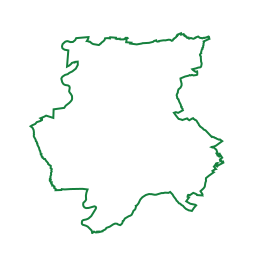 Valea Mare, Vâlcea, Romania, rotated 350°
{"feature_id": "2599482B41757926586400", "entity_name": "Valea Mare", "entity_type": "district", "adm_level": 2, "iso_a3": "ROU", "parent_name": "Romania", "parent_adm1": "Vâlcea", "projection": "equal_earth", "projection_center": [24.031, 44.681], "detail": "fine", "context": "isolated", "style": "outline", "palette": "green", "viewbox_px": 256, "rotation_deg": 350, "n_neighbors": 0, "source": "geoboundaries", "source_scale": "gbopen_adm2", "svg_char_len": 5789}
<svg xmlns="http://www.w3.org/2000/svg" viewBox="0 0 256 256"><g transform="rotate(350 128 128)"><path d="M176.5,220.8L179.2,218.0L181.7,216.0L181.0,215.3L176.2,213.4L172.6,210.3L176.1,206.9L174.7,206.1L175.3,204.6L175.7,204.3L177.5,204.8L181.0,203.2L183.3,204.6L184.2,205.4L184.2,205.9L184.5,206.1L189.4,207.3L189.3,207.0L189.8,206.5L189.7,205.8L188.4,202.8L191.9,200.6L193.4,199.1L194.7,195.3L195.7,193.6L195.7,192.6L196.1,190.9L199.5,189.0L204.8,186.5L204.0,185.8L203.7,184.9L206.8,183.7L207.4,183.7L206.7,182.6L206.7,182.0L205.9,181.0L208.5,178.6L208.5,178.3L209.8,178.0L210.1,178.1L209.6,178.5L208.2,180.1L209.1,181.4L210.2,180.5L215.9,178.7L215.8,177.7L215.2,177.9L214.3,177.4L214.1,177.2L214.3,177.1L214.3,176.6L213.1,176.7L213.0,175.3L213.7,175.1L213.7,174.5L215.6,173.6L214.6,171.3L212.9,172.0L212.7,171.6L211.9,171.0L214.0,170.0L213.8,169.3L211.5,170.1L210.7,168.3L211.8,168.0L211.2,164.7L208.7,161.7L207.8,161.9L207.2,161.5L207.9,161.4L207.8,161.2L209.3,161.2L211.5,160.7L218.5,157.3L216.5,155.2L215.6,155.3L213.1,153.7L212.7,153.1L211.5,152.6L211.0,151.9L210.1,151.7L209.3,151.1L208.9,151.3L203.9,143.7L202.2,142.6L201.6,141.4L199.1,138.8L199.0,138.2L198.4,137.4L198.1,135.7L197.6,135.1L196.8,132.8L196.0,131.9L195.4,131.7L195.0,131.0L194.1,130.5L193.9,129.7L193.2,129.7L189.7,131.0L188.3,129.6L188.2,129.0L187.9,128.8L182.8,129.6L182.3,129.1L179.4,127.8L177.5,124.3L175.9,121.0L177.9,120.7L180.0,121.8L185.1,120.1L184.9,119.5L185.1,118.7L184.1,116.9L184.1,116.5L184.4,116.2L184.0,115.8L184.0,114.2L183.0,111.0L182.7,108.6L182.3,108.4L182.2,107.7L181.6,107.0L181.8,105.9L181.6,104.1L182.5,102.5L183.2,101.9L183.5,100.5L184.4,98.7L186.7,97.4L188.1,95.5L188.5,93.7L188.2,89.8L188.3,88.3L193.2,87.2L196.8,87.0L198.0,86.6L198.9,87.1L200.2,86.8L201.6,87.6L204.4,87.7L205.4,87.5L205.8,85.9L205.9,84.3L204.3,84.4L201.9,82.0L201.5,81.3L205.1,81.1L207.7,80.7L209.6,80.8L210.6,80.3L211.7,77.6L211.7,76.3L211.5,75.4L211.9,71.5L212.2,70.1L211.6,69.3L211.6,68.2L212.5,67.3L213.1,67.1L213.1,66.2L214.4,63.4L215.2,63.0L215.1,62.1L216.0,61.5L216.3,60.0L216.8,59.5L217.0,58.0L217.7,56.7L217.5,55.9L223.2,54.4L222.9,54.1L223.6,53.6L223.6,52.4L223.2,51.9L220.3,52.5L219.5,52.4L218.9,52.6L218.1,52.3L216.6,52.6L216.2,52.2L215.2,52.0L214.2,51.5L213.0,50.1L210.7,50.5L210.0,50.7L210.0,51.0L208.1,51.5L207.2,51.2L205.6,50.3L203.7,50.6L203.4,49.5L202.0,49.6L201.4,48.8L201.5,48.3L201.0,47.7L200.5,47.7L200.3,47.1L199.8,47.1L199.7,46.4L199.3,46.4L199.1,45.2L196.5,45.3L196.6,43.9L192.8,44.7L192.5,45.1L192.9,45.3L192.2,45.7L192.2,46.1L191.5,46.2L191.1,46.9L190.6,47.2L188.9,47.9L188.7,48.3L188.1,48.4L187.1,49.6L186.1,49.7L185.1,48.6L183.4,48.1L180.0,48.2L178.2,47.8L173.7,47.7L173.5,48.1L171.9,48.0L170.7,47.1L170.8,46.6L168.8,46.8L167.7,47.5L163.5,47.8L156.9,47.0L156.4,47.2L151.1,47.2L145.1,45.3L145.9,44.5L141.1,43.2L142.2,39.9L142.5,39.6L143.2,39.4L143.0,39.1L141.4,38.8L140.7,39.2L140.3,39.8L139.4,39.8L139.2,40.0L135.8,39.4L135.3,38.9L135.3,38.7L134.7,38.9L134.3,38.5L132.7,38.5L132.6,38.2L131.5,37.9L131.8,37.0L126.0,35.5L125.7,35.7L125.7,36.6L123.4,35.9L121.0,35.7L120.3,37.1L119.0,38.2L116.6,39.4L116.1,40.0L114.9,40.5L114.2,41.1L113.6,41.2L108.3,39.3L106.9,38.2L105.6,36.5L104.8,36.4L104.4,35.9L103.8,35.8L103.3,35.3L102.6,35.2L104.4,33.0L104.9,31.6L92.6,30.5L91.2,32.3L88.7,33.7L86.2,33.4L83.7,32.0L82.3,31.9L81.0,32.2L78.2,34.0L77.2,36.0L77.2,37.8L77.9,38.8L79.2,39.9L82.7,41.2L78.6,57.0L80.9,56.3L83.0,55.1L84.0,54.2L86.1,53.9L86.7,54.3L87.1,54.2L87.4,53.7L90.0,53.9L89.5,57.2L86.9,60.5L83.0,62.6L79.8,63.5L78.0,64.5L75.2,64.8L72.5,66.0L71.6,66.8L70.9,67.9L71.2,71.5L72.0,73.4L72.8,74.2L73.8,74.8L76.4,75.7L77.5,76.8L77.6,78.3L76.4,81.6L76.7,82.9L77.7,84.7L78.4,86.8L78.1,89.2L77.8,90.1L77.2,91.0L76.0,92.0L74.5,93.1L70.5,95.2L68.7,97.1L58.0,96.7L56.2,105.1L49.5,101.6L47.5,102.3L43.5,103.2L43.8,103.5L44.3,103.5L44.5,104.3L44.1,104.7L44.8,104.7L44.7,105.2L42.8,105.9L39.1,106.4L37.4,107.9L34.1,108.7L32.4,109.4L34.0,111.2L34.7,113.6L34.6,116.1L34.2,117.4L34.4,117.9L33.9,119.1L33.8,120.0L35.0,123.4L35.0,125.0L35.6,125.5L35.6,126.0L35.9,127.0L35.7,127.5L36.1,128.0L35.9,128.9L37.0,132.3L36.9,132.9L37.2,135.0L37.5,135.3L37.6,138.3L38.1,138.6L37.6,139.1L38.1,139.8L38.1,141.3L38.8,141.7L38.7,142.5L39.5,143.2L39.8,143.9L41.0,144.2L41.4,145.7L43.1,148.5L43.1,149.6L43.7,150.0L44.1,150.9L45.0,151.4L45.4,151.9L44.8,154.1L45.7,154.9L45.8,155.3L45.1,156.3L45.3,157.6L44.3,158.9L44.2,160.7L43.2,162.2L43.1,163.4L42.2,164.5L42.3,164.9L43.0,165.3L42.8,165.7L42.1,165.9L42.4,166.4L42.0,166.7L42.8,168.4L43.4,168.3L43.3,169.0L42.8,169.5L43.4,170.3L43.4,171.5L44.1,171.4L44.8,172.3L44.8,172.9L45.4,173.1L45.4,173.5L45.0,174.4L46.3,175.7L45.9,176.7L51.7,177.5L52.1,176.7L54.9,177.5L61.1,178.2L72.6,180.0L77.5,181.5L75.8,184.5L74.8,187.3L74.3,191.3L73.1,192.6L71.1,193.9L70.6,195.2L70.5,196.9L71.3,198.6L72.8,199.6L75.4,199.9L81.3,199.3L82.5,200.0L82.7,201.1L82.1,202.1L76.5,208.4L73.3,210.3L71.2,210.8L68.0,210.9L67.3,211.2L66.6,211.7L66.0,213.6L66.0,214.4L66.6,215.4L69.4,216.8L71.2,218.1L74.3,222.5L74.6,224.1L74.4,225.0L74.8,225.2L76.5,224.1L77.7,225.1L78.6,225.3L79.3,225.4L79.5,224.7L81.6,225.0L81.5,225.5L84.9,225.3L84.9,224.9L88.2,223.9L89.4,222.6L92.9,222.0L96.8,220.3L98.7,219.9L100.6,220.4L101.5,221.3L103.4,222.3L103.8,222.2L105.6,221.0L106.3,219.9L106.7,218.7L107.4,218.7L109.2,216.6L113.4,215.0L115.2,214.7L116.5,214.1L118.0,212.1L119.0,210.5L120.7,209.5L121.3,208.8L122.3,206.6L122.2,206.0L123.1,205.9L125.2,204.1L127.7,200.6L130.1,198.7L133.9,197.1L137.1,196.7L139.6,197.2L142.4,198.3L144.0,198.6L149.7,197.9L151.2,198.2L153.2,198.1L156.7,198.9L158.4,198.3L160.4,201.3L161.0,203.2L162.7,206.4L163.2,208.0L164.0,208.9L165.1,211.0L166.4,211.7L167.2,213.0L168.6,214.1L169.9,216.3L171.1,217.8L173.8,219.8L174.7,220.0L176.5,220.8Z" fill="none" stroke="#15803d" stroke-width="2"/></g></svg>